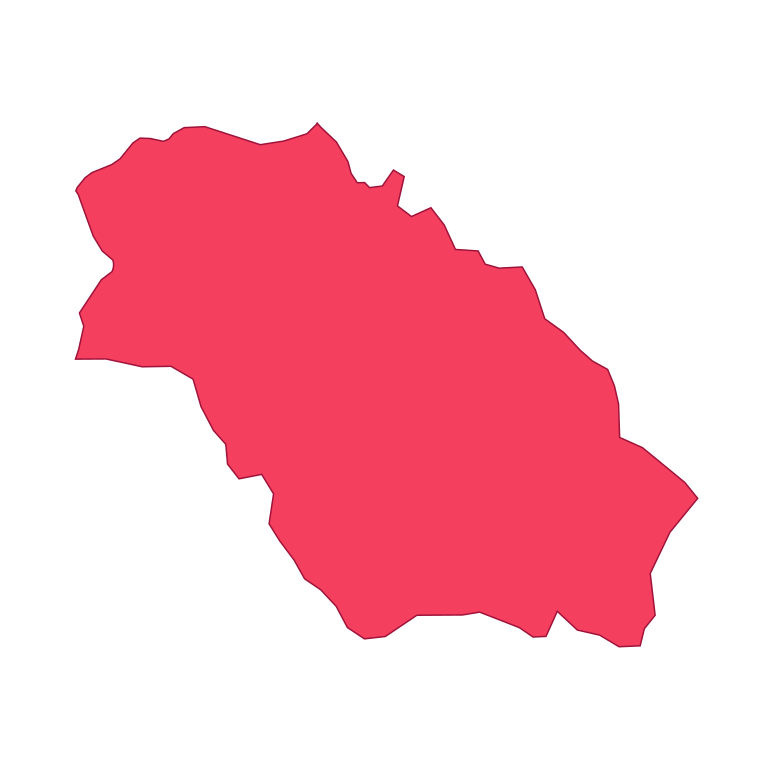 outline of Pernik, rotated 4°
{"feature_id": "BGR-2245", "entity_name": "Pernik", "entity_type": "Province", "adm_level": 1, "iso_a3": "BGR", "parent_name": "Bulgaria", "parent_adm1": "", "projection": "natural_earth1", "projection_center": [22.785, 42.63], "detail": "fine", "context": "isolated", "style": "filled", "palette": "rose", "viewbox_px": 768, "rotation_deg": 4, "n_neighbors": 0, "source": "natural_earth", "source_scale": "10m", "svg_char_len": 1367}
<svg xmlns="http://www.w3.org/2000/svg" viewBox="0 0 768 768"><g transform="rotate(4 384 384)"><path d="M243.9,153.9L266.8,148.7L289.6,139.8L298.5,129.8L299.1,128.4L303.1,132.3L319.6,145.9L332.5,164.6L336.5,176.2L343.3,185.1L350.6,184.4L355.9,189.1L368.5,186.6L378.5,169.9L389.7,175.7L385.0,205.4L399.7,215.0L418.5,204.9L433.0,221.2L445.9,244.8L468.6,244.7L476.6,257.4L490.8,260.4L513.7,257.6L528.4,279.5L539.8,307.7L559.6,320.0L577.3,336.6L590.4,346.6L606.1,353.9L614.0,369.8L619.4,387.7L622.8,420.9L646.3,429.5L690.9,461.2L704.9,476.2L679.6,511.9L662.8,554.4L670.6,595.8L660.8,609.9L657.8,627.3L636.8,629.7L616.7,619.5L594.1,616.0L572.7,598.7L563.2,624.5L550.3,626.0L536.0,617.6L495.3,604.9L478.5,608.9L432.9,612.4L402.9,635.8L382.3,639.6L364.5,629.5L351.9,609.2L335.2,593.7L318.4,583.9L306.6,565.9L291.1,548.0L279.1,531.5L281.5,501.3L268.3,482.7L246.0,488.7L233.5,474.8L230.4,455.2L217.2,442.3L203.1,419.4L193.2,392.5L170.3,381.2L141.6,383.7L104.8,378.4L74.5,380.7L77.0,370.8L80.5,347.4L75.2,334.4L94.8,299.7L104.9,290.8L105.7,287.9L106.0,285.0L105.7,282.1L104.9,279.3L93.7,271.0L83.6,256.7L65.8,216.4L63.1,212.8L64.3,209.3L66.6,206.0L71.4,199.1L77.9,193.5L97.1,184.1L105.0,177.8L116.7,161.1L123.5,155.7L133.8,155.4L147.2,157.3L152.4,154.5L152.6,154.2L156.5,148.8L166.8,142.2L187.3,139.8L243.9,153.9Z" fill="#f43f5e" stroke="#9f1239" stroke-width="1.5"/></g></svg>